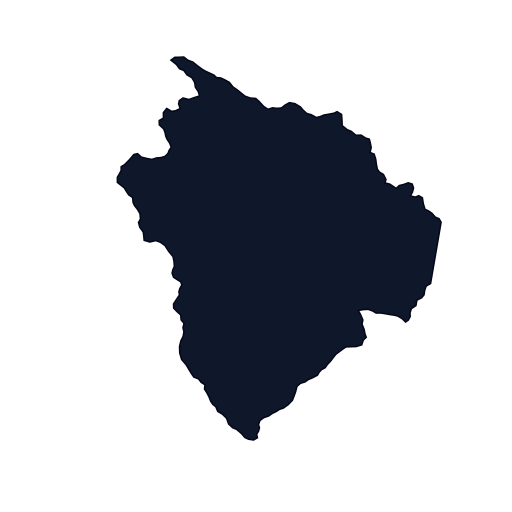 Anitápolis, Santa Catarina, Brazil, rotated 298°
{"feature_id": "56859067B93916704191286", "entity_name": "Anitápolis", "entity_type": "district", "adm_level": 2, "iso_a3": "BRA", "parent_name": "Brazil", "parent_adm1": "Santa Catarina", "projection": "albers", "projection_center": [-49.138, -27.872], "detail": "fine", "context": "isolated", "style": "filled", "palette": "ink", "viewbox_px": 512, "rotation_deg": 298, "n_neighbors": 0, "source": "geoboundaries", "source_scale": "gbopen_adm2", "svg_char_len": 3291}
<svg xmlns="http://www.w3.org/2000/svg" viewBox="0 0 512 512"><g transform="rotate(298 256 256)"><path d="M395.8,130.1L395.5,124.8L395.6,121.1L396.5,114.9L397.6,109.3L396.9,104.0L397.8,98.8L395.6,95.1L393.3,91.0L389.0,88.9L387.7,95.9L385.4,100.6L385.9,105.2L383.5,110.1L383.3,115.7L380.4,120.4L376.6,123.2L374.0,127.9L370.8,131.0L367.0,127.2L362.7,123.3L361.3,117.4L357.2,115.3L354.0,116.2L350.6,119.8L346.4,116.7L344.1,113.5L344.4,107.9L339.1,106.9L334.3,109.5L330.2,106.9L326.4,109.0L324.8,114.9L322.2,117.8L319.4,120.1L317.3,122.7L315.1,126.8L312.3,130.1L308.4,129.7L305.1,130.1L301.3,128.9L298.4,126.0L295.9,122.1L292.4,118.7L290.8,113.5L289.5,108.3L290.8,103.4L288.3,100.5L284.6,99.7L281.5,99.0L278.4,98.1L274.8,97.0L271.6,95.0L268.1,96.8L263.8,96.8L260.5,96.6L255.9,99.0L255.0,104.0L254.3,107.7L252.2,111.2L250.2,114.9L249.7,119.6L245.6,122.3L243.5,125.0L241.6,129.3L238.9,133.7L234.4,136.6L230.4,136.5L226.8,139.9L224.2,145.2L221.1,147.4L217.3,149.9L218.5,155.7L222.5,160.2L223.2,165.1L222.5,170.7L219.1,176.7L216.5,183.0L212.6,186.2L208.4,188.8L204.9,189.0L201.5,189.9L198.5,193.2L198.1,197.8L197.9,201.6L195.6,204.1L191.6,204.0L188.2,204.7L185.6,206.7L181.0,206.2L174.9,205.7L171.3,207.8L169.8,212.3L168.6,217.2L164.4,219.9L162.7,224.1L158.3,225.2L155.3,227.9L150.7,229.4L145.7,229.5L140.1,231.0L134.5,234.2L129.7,238.9L127.1,245.5L124.4,249.9L122.0,253.9L119.9,257.9L120.5,262.9L118.7,266.8L118.3,271.4L114.3,273.0L112.1,276.9L109.4,280.8L106.4,284.3L104.7,287.6L104.0,291.3L100.8,295.2L100.6,300.4L98.9,306.2L94.8,310.7L93.4,315.9L93.8,320.3L92.4,326.5L90.5,331.4L90.7,335.4L92.4,340.3L96.2,342.6L98.9,340.3L102.4,340.5L106.0,339.7L108.2,337.4L112.5,336.7L116.8,338.7L120.8,342.4L124.5,344.2L128.3,347.0L131.7,348.8L134.4,351.5L139.8,354.2L145.7,355.9L150.7,355.3L154.8,354.7L160.1,353.4L164.4,355.0L167.8,358.4L171.4,360.2L175.0,363.1L179.5,366.2L182.9,366.3L186.4,367.2L189.8,369.5L193.9,370.0L198.6,371.3L203.2,372.0L206.8,372.7L210.4,374.4L214.1,376.1L217.9,378.1L220.4,382.3L223.0,386.9L227.2,391.1L232.1,390.2L236.0,391.5L238.4,388.8L242.0,385.9L245.6,381.6L249.7,380.4L253.5,375.7L255.9,371.9L259.1,376.0L261.6,380.2L262.2,384.7L262.0,388.8L264.3,393.2L265.9,397.8L267.4,402.5L268.6,405.7L269.5,409.2L269.3,414.4L267.9,419.1L270.9,420.6L274.9,420.6L278.1,418.7L282.4,417.9L287.3,420.5L292.5,418.8L296.9,421.9L300.7,422.6L304.8,421.1L309.4,420.4L313.6,423.1L372.7,403.6L374.9,400.1L374.5,396.0L376.3,391.4L376.8,387.4L376.6,383.3L380.6,379.3L385.5,375.6L385.7,371.4L382.8,369.0L381.6,364.0L385.7,364.2L390.0,363.2L392.9,360.1L392.1,356.0L388.5,352.8L385.5,349.4L381.5,348.0L381.9,344.3L382.3,340.4L381.1,335.5L384.5,334.9L387.8,330.3L388.1,325.5L389.7,322.3L393.3,319.4L397.8,316.2L401.4,312.5L401.0,308.1L405.9,306.8L409.7,303.7L412.4,301.2L411.6,297.5L412.1,292.0L409.5,287.5L410.8,281.7L410.4,277.1L411.6,270.9L416.1,268.3L421.2,265.1L421.5,259.8L418.8,257.9L414.8,252.9L412.4,249.8L409.2,247.2L406.6,244.2L406.7,238.4L405.7,233.9L406.9,229.2L408.5,225.2L408.8,218.8L407.1,213.5L402.9,210.8L398.7,209.0L396.2,205.1L394.6,201.0L391.2,197.7L391.7,192.5L393.9,186.3L395.0,181.8L392.8,176.7L392.0,171.3L392.8,166.9L393.8,161.9L394.5,156.2L396.8,151.0L396.9,145.7L396.7,141.3L395.0,137.3L396.0,134.0L395.8,130.1Z" fill="#0f172a" stroke="#020617" stroke-width="1.5"/></g></svg>